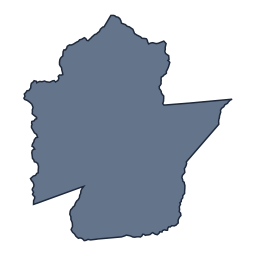 the district of Serrita, Pernambuco, Brazil
{"feature_id": "56859067B3572424117250", "entity_name": "Serrita", "entity_type": "district", "adm_level": 2, "iso_a3": "BRA", "parent_name": "Brazil", "parent_adm1": "Pernambuco", "projection": "robinson", "projection_center": [-39.404, -7.835], "detail": "fine", "context": "isolated", "style": "filled", "palette": "slate", "viewbox_px": 256, "rotation_deg": 0, "n_neighbors": 0, "source": "geoboundaries", "source_scale": "gbopen_adm2", "svg_char_len": 3721}
<svg xmlns="http://www.w3.org/2000/svg" viewBox="0 0 256 256"><path d="M110.9,15.4L104.1,26.8L102.7,27.1L100.4,29.2L99.8,30.7L98.9,31.9L97.6,32.8L96.6,33.9L94.6,34.6L93.3,35.8L91.9,37.0L90.8,38.3L89.6,39.3L88.3,40.7L86.8,40.4L85.7,38.5L84.3,37.7L83.1,38.4L81.6,39.3L79.6,39.8L78.4,41.3L77.2,41.8L75.3,42.9L73.8,43.9L72.6,44.5L71.3,45.0L69.6,44.9L68.4,45.5L67.2,46.4L66.7,48.2L65.5,49.9L63.9,49.9L63.1,51.7L63.0,53.5L62.8,56.0L61.5,57.1L60.6,58.1L59.8,59.8L59.5,62.0L59.5,64.5L60.4,66.2L61.5,67.6L61.8,69.9L62.5,72.4L62.8,74.6L61.1,75.1L59.5,75.0L58.2,76.4L58.9,78.2L58.1,80.3L56.7,81.3L55.5,82.0L54.2,80.6L52.8,80.8L51.3,81.5L49.5,82.3L47.9,82.0L46.4,81.8L44.5,81.0L42.5,81.6L41.2,81.7L39.9,81.4L38.0,82.1L36.8,82.8L36.4,81.3L34.1,80.7L32.8,82.3L31.4,83.3L30.9,85.3L30.7,88.0L28.9,90.5L27.0,90.7L25.8,92.6L24.3,94.0L25.0,96.3L23.9,98.1L24.6,99.4L27.4,100.5L30.0,102.4L31.8,104.2L33.1,107.4L32.3,109.9L32.4,111.7L32.2,113.7L33.6,115.0L36.6,117.4L36.6,118.8L35.3,119.1L34.0,120.9L31.8,121.5L31.6,123.2L32.1,124.5L31.5,125.8L31.5,127.6L33.6,131.3L34.4,132.8L36.6,134.4L37.1,135.9L37.6,137.3L35.9,137.7L34.3,139.8L33.8,141.9L32.9,143.3L32.3,144.6L32.0,146.3L33.4,147.0L34.7,149.1L33.5,149.4L32.2,150.6L31.8,152.6L32.1,155.0L32.5,158.5L33.6,159.6L34.4,161.8L35.8,162.1L37.7,163.5L38.5,166.4L38.4,168.2L38.2,170.2L38.2,172.8L36.8,173.4L35.5,175.4L33.3,176.1L32.2,177.1L30.5,178.6L31.5,180.5L33.0,182.2L34.0,184.8L33.7,186.8L32.6,188.3L32.2,189.8L33.6,192.2L32.5,194.2L33.3,195.5L34.7,196.6L34.6,198.7L33.6,200.6L33.5,204.4L38.0,202.9L53.3,197.3L80.6,187.4L83.7,186.4L82.5,188.0L81.7,189.1L80.9,191.0L80.6,193.6L79.7,195.3L79.4,197.8L78.1,199.8L76.8,200.9L75.6,202.8L74.4,206.0L73.0,207.0L72.0,208.5L70.8,209.7L70.2,211.2L69.8,214.2L70.9,216.8L70.9,219.4L72.2,222.5L72.4,224.1L72.5,226.6L71.7,228.3L71.1,229.7L72.6,232.2L74.6,234.0L76.0,236.3L78.4,238.3L80.0,237.9L81.3,238.2L82.7,238.9L84.2,240.6L85.8,240.4L88.0,239.4L90.6,239.9L95.7,239.3L97.6,239.0L121.5,236.9L123.1,236.4L124.9,235.8L126.3,235.1L127.8,235.4L129.1,235.6L130.9,236.1L132.8,237.0L134.7,237.2L137.0,236.8L139.0,236.8L140.4,237.0L141.8,236.0L142.7,234.3L144.1,234.4L145.3,235.3L146.7,235.0L148.4,234.9L150.1,234.5L151.4,233.4L152.7,232.6L155.2,234.2L157.3,234.7L159.0,233.3L159.8,231.8L162.0,232.0L162.5,230.6L164.6,229.8L166.1,230.3L167.5,230.2L167.8,228.1L168.8,226.8L170.2,227.0L171.7,225.7L174.3,225.9L176.1,225.1L177.0,224.1L178.2,223.0L178.1,220.4L178.8,218.4L179.8,216.7L180.9,215.6L180.6,213.2L179.2,211.6L179.6,209.5L179.3,206.7L180.5,204.2L179.8,202.8L181.2,201.6L181.4,199.5L182.7,197.9L182.8,195.6L184.6,193.4L184.6,191.4L184.8,188.8L184.9,185.5L184.4,183.8L184.2,182.3L182.9,181.3L182.6,179.5L181.9,177.5L182.4,175.4L184.8,172.5L184.4,168.5L185.4,167.1L186.2,165.2L186.6,163.5L186.3,161.9L218.8,124.3L218.6,121.3L218.8,119.6L219.4,117.7L219.5,116.0L220.7,112.1L220.5,110.1L221.6,108.3L223.8,106.7L224.8,104.8L227.5,103.3L228.3,102.0L230.2,100.1L232.1,99.2L210.3,101.2L208.1,101.4L190.7,103.0L164.0,105.1L162.7,103.5L163.5,101.4L163.7,98.3L163.7,96.0L162.6,94.8L161.4,93.0L161.2,91.4L160.3,89.8L159.4,88.8L159.2,86.5L160.4,85.0L161.1,83.8L161.0,82.0L161.2,80.2L161.0,78.8L161.3,77.1L162.8,76.3L164.2,74.8L165.4,74.1L166.4,73.2L166.3,71.4L167.3,69.6L168.5,66.8L169.1,64.7L169.8,62.3L167.9,60.4L169.0,59.7L168.9,58.1L168.7,55.7L166.8,54.4L165.5,53.4L164.8,51.4L165.3,49.4L165.2,47.4L166.1,43.6L163.8,41.1L158.2,43.3L156.1,43.6L152.7,42.7L150.8,43.0L148.6,43.9L147.6,41.8L147.3,40.3L146.4,38.8L144.9,38.5L142.0,38.3L140.6,36.9L136.8,35.0L134.5,33.5L132.9,29.3L129.4,26.9L127.2,26.3L125.4,24.6L123.7,24.0L121.5,23.2L120.8,20.6L119.7,18.5L118.0,17.2L116.0,16.8L115.0,15.9L113.7,15.4L110.9,15.4Z" fill="#64748b" stroke="#1e293b" stroke-width="1.5"/></svg>